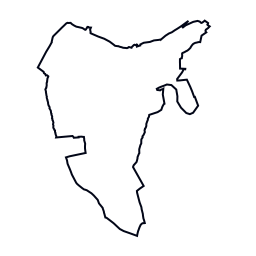 Craciunelu De Jos, Alba, Romania (orthographic projection), rotated 357°
{"feature_id": "2599482B15849138158087", "entity_name": "Craciunelu De Jos", "entity_type": "district", "adm_level": 2, "iso_a3": "ROU", "parent_name": "Romania", "parent_adm1": "Alba", "projection": "orthographic", "projection_center": [23.831, 46.153], "detail": "fine", "context": "isolated", "style": "outline", "palette": "ink", "viewbox_px": 256, "rotation_deg": 357, "n_neighbors": 0, "source": "geoboundaries", "source_scale": "gbopen_adm2", "svg_char_len": 4295}
<svg xmlns="http://www.w3.org/2000/svg" viewBox="0 0 256 256"><g transform="rotate(357 128 128)"><path d="M139.8,223.8L139.1,220.5L138.7,219.3L138.4,216.6L138.3,214.5L137.4,210.0L137.2,207.7L135.7,202.9L133.7,193.1L133.6,191.3L136.7,189.1L140.6,186.7L131.0,167.3L131.2,166.6L131.8,165.4L134.7,162.5L135.3,160.9L135.9,158.8L136.0,157.6L137.6,154.2L138.0,153.7L138.0,152.5L138.1,149.8L139.5,145.7L140.4,144.2L140.7,140.3L141.1,139.5L142.1,138.2L142.0,137.1L143.2,135.7L144.6,133.0L144.4,131.0L144.9,130.1L144.9,129.5L145.7,128.7L146.4,126.9L146.5,124.9L147.4,122.6L148.3,120.8L148.3,119.7L149.5,117.9L149.9,116.0L158.4,113.7L162.2,111.6L163.5,108.4L165.0,106.0L165.7,105.7L164.5,96.4L165.3,90.7L164.4,91.2L163.7,91.2L163.1,91.4L162.1,92.1L160.7,91.8L159.2,91.6L158.8,90.4L161.1,89.3L163.3,88.5L165.3,87.9L165.7,87.8L169.1,86.6L173.6,87.4L178.2,92.1L179.0,98.9L178.6,104.1L182.0,110.5L187.0,116.1L190.5,117.4L193.8,116.2L199.2,109.4L196.4,100.4L195.7,100.5L193.9,94.6L192.3,90.1L189.3,82.8L182.3,83.2L179.7,83.2L179.6,81.7L184.9,75.3L186.0,73.5L186.3,72.2L188.2,72.4L188.3,71.9L183.1,71.4L183.2,68.8L183.3,66.1L183.3,65.1L183.5,61.9L184.3,61.5L185.0,61.1L185.4,61.1L185.5,60.6L185.5,60.3L185.9,58.9L185.9,58.2L185.9,57.6L185.9,57.1L185.9,56.8L186.0,56.3L186.1,56.2L186.3,56.0L186.5,55.9L187.1,55.7L187.4,55.6L187.6,55.5L187.9,55.4L188.1,55.3L188.6,55.1L188.8,55.0L189.1,54.8L189.8,54.5L190.3,54.2L190.8,54.1L191.1,53.9L191.5,53.7L191.9,53.4L192.4,53.1L194.0,51.7L194.6,51.1L194.9,50.5L196.0,49.0L197.2,47.7L198.2,47.1L199.6,46.5L201.0,46.3L202.4,46.0L203.2,45.9L204.6,46.0L206.3,39.6L211.2,36.6L210.6,35.8L210.5,34.8L210.9,33.9L213.2,32.4L214.9,30.8L213.3,29.7L212.7,29.0L213.3,28.2L213.5,27.4L210.2,24.8L209.1,25.7L207.5,26.7L206.9,26.9L206.5,26.8L205.2,25.5L203.1,24.7L199.4,25.3L198.5,25.5L190.9,28.5L188.1,30.4L187.6,29.8L190.1,27.4L194.0,24.2L190.0,26.8L186.8,28.9L184.1,30.5L182.0,31.7L179.9,32.8L176.8,34.7L173.7,35.8L173.0,36.2L172.9,36.3L170.4,37.7L165.5,41.4L165.4,41.5L165.3,41.3L163.6,41.6L158.5,41.9L154.4,43.2L148.2,43.7L144.7,45.2L144.6,46.2L141.3,47.1L141.5,45.3L141.1,45.1L140.4,45.9L139.0,45.2L138.1,45.5L135.9,47.5L135.7,48.0L133.6,47.3L133.1,47.2L132.8,47.3L132.5,47.7L131.9,47.9L131.2,48.2L129.5,47.9L127.8,47.7L127.0,47.5L125.9,47.0L124.5,46.6L123.4,46.2L123.0,45.9L122.8,45.8L122.1,45.8L121.3,45.6L120.5,45.5L119.7,45.3L119.0,45.0L118.5,44.4L114.2,40.8L108.9,37.6L103.0,35.1L95.6,31.4L95.5,31.0L95.7,30.1L95.3,27.8L96.2,25.8L93.5,25.5L93.5,25.0L92.8,24.9L91.1,27.4L90.7,27.7L90.2,27.6L87.9,25.9L86.8,25.5L83.6,24.6L81.7,24.1L79.8,23.0L77.8,21.6L77.2,21.1L76.2,20.0L75.0,20.0L73.7,20.0L73.1,19.8L72.5,20.0L72.3,20.1L72.1,20.2L71.6,20.5L70.6,21.4L69.0,22.8L67.1,24.4L64.8,26.5L58.3,32.3L57.7,33.2L57.5,33.7L56.3,37.9L56.4,38.3L54.1,42.0L50.2,47.7L41.1,62.9L46.7,67.5L46.9,68.7L47.6,69.4L48.2,69.7L48.7,71.2L49.9,71.1L51.1,72.2L51.1,72.5L50.1,74.4L49.9,76.0L49.6,77.0L49.7,77.4L49.6,77.8L49.1,78.8L49.0,81.6L48.7,82.4L48.7,82.9L48.4,83.3L48.4,83.8L47.5,85.0L48.0,87.6L47.9,88.0L48.0,88.5L48.0,88.9L48.1,89.4L48.3,91.6L48.6,92.4L48.4,93.4L48.7,94.8L49.0,95.5L48.9,95.9L49.2,96.8L49.2,97.3L49.5,98.1L49.5,99.6L49.9,101.5L50.6,102.5L50.8,103.6L50.6,104.3L51.8,106.6L52.0,109.2L52.4,109.9L52.2,110.7L52.7,111.9L52.9,112.9L52.6,114.3L53.0,114.9L52.9,116.0L53.3,116.5L53.8,118.7L53.3,120.4L53.7,121.8L53.4,123.3L53.7,124.6L54.2,125.2L54.3,126.0L55.0,126.6L54.9,128.1L55.3,129.1L55.2,129.6L55.4,130.1L55.4,130.7L55.9,132.1L56.0,132.8L55.7,133.7L72.2,133.1L72.6,133.6L73.2,134.3L73.4,134.9L78.2,134.8L78.2,134.2L80.0,134.2L81.0,134.2L81.7,134.3L82.4,134.5L83.5,134.6L83.7,136.8L83.6,137.9L84.4,141.4L84.1,143.9L84.0,146.1L84.2,148.9L84.4,150.7L68.2,153.2L64.5,154.1L65.4,157.1L65.6,159.0L65.8,160.6L66.6,162.8L67.8,166.1L68.7,168.8L69.5,171.5L73.4,180.0L74.2,181.1L75.7,182.6L77.5,184.2L79.3,185.8L80.7,186.9L81.0,187.1L81.8,187.3L83.6,188.0L84.1,188.4L88.1,191.3L90.4,193.7L91.1,194.6L94.0,198.2L95.1,201.8L98.5,206.4L98.6,207.1L99.5,210.1L99.6,211.4L99.9,212.4L100.7,216.2L101.8,216.5L104.2,218.5L108.5,222.2L109.6,223.3L111.6,225.4L114.5,228.4L118.3,230.7L125.1,233.5L129.8,235.5L131.4,236.2L132.0,233.8L132.7,231.5L133.3,230.2L134.0,228.5L134.2,228.0L135.5,225.5L136.4,224.6L137.1,224.1L137.9,223.8L138.9,223.9L139.8,223.8Z" fill="none" stroke="#020617" stroke-width="2"/></g></svg>